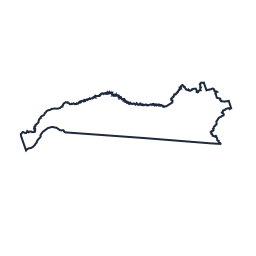 the district of Maués, Amazonas, Brazil, rotated 72°
{"feature_id": "56859067B37694295910395", "entity_name": "Maués", "entity_type": "district", "adm_level": 2, "iso_a3": "BRA", "parent_name": "Brazil", "parent_adm1": "Amazonas", "projection": "robinson", "projection_center": [-58.413, -5.242], "detail": "fine", "context": "isolated", "style": "outline", "palette": "slate", "viewbox_px": 256, "rotation_deg": 72, "n_neighbors": 0, "source": "geoboundaries", "source_scale": "gbopen_adm2", "svg_char_len": 5701}
<svg xmlns="http://www.w3.org/2000/svg" viewBox="0 0 256 256"><g transform="rotate(72 128 128)"><path d="M117.9,231.9L116.8,230.0L116.7,228.3L117.0,226.4L116.6,224.3L115.2,221.6L114.6,221.1L113.6,219.3L112.6,218.8L111.8,218.0L109.4,213.9L108.8,213.5L107.8,213.5L105.4,210.4L103.3,204.1L103.5,200.1L104.1,198.6L104.8,197.7L105.7,195.9L109.1,193.3L109.8,191.8L110.1,190.2L110.4,190.0L111.5,189.9L112.4,189.3L112.9,188.7L142.4,116.1L167.9,54.7L171.7,45.0L171.4,44.8L171.0,44.9L170.2,45.7L169.5,46.0L169.1,46.0L168.4,45.7L167.7,46.6L167.0,46.9L165.2,46.4L164.1,46.9L163.0,46.6L162.6,46.9L163.0,47.9L162.9,48.4L162.2,48.7L161.6,49.9L160.0,49.8L159.7,49.9L159.2,50.6L158.1,50.4L157.9,50.1L157.3,50.5L156.7,49.4L156.9,48.1L156.3,47.2L155.1,47.4L154.9,46.6L153.7,46.2L153.1,45.4L153.0,44.6L152.3,44.1L152.2,43.1L151.8,42.6L149.0,41.9L147.7,40.0L146.7,39.1L146.2,37.8L146.1,36.3L145.7,35.5L145.5,33.2L144.9,32.8L144.0,32.8L143.2,33.1L142.7,33.9L142.3,34.0L141.7,32.8L140.8,32.3L140.6,31.9L140.8,31.0L140.7,29.9L140.2,29.4L140.1,27.7L140.3,26.0L140.6,25.5L141.0,25.7L141.4,25.5L141.1,25.0L141.1,23.8L133.3,23.8L133.3,25.4L132.8,26.6L132.7,28.3L132.0,29.3L131.5,30.9L131.2,31.2L130.9,31.0L130.4,31.1L129.7,31.7L128.7,31.2L128.3,31.5L128.1,32.1L127.6,32.6L126.9,34.0L126.5,34.2L123.1,34.0L122.5,34.4L121.6,33.9L121.3,32.3L120.9,32.8L120.5,32.7L120.3,33.3L120.5,33.7L120.1,33.8L119.6,34.4L119.2,34.4L119.0,34.1L117.8,34.2L117.0,34.7L116.6,35.3L116.8,37.7L116.5,38.8L116.7,39.2L116.4,40.0L116.4,41.7L108.2,41.9L108.2,42.4L108.4,42.6L107.8,43.5L107.5,44.5L107.9,45.3L108.5,46.0L108.7,45.7L111.4,46.7L111.8,46.2L112.4,46.9L113.8,47.4L114.5,47.3L114.3,48.2L114.4,49.3L115.6,50.2L115.6,50.9L115.0,51.6L113.3,51.1L111.5,51.4L110.9,54.0L111.3,55.0L111.0,55.2L111.1,55.4L111.6,55.7L111.8,57.3L111.6,58.0L111.1,58.0L110.7,58.3L110.6,58.7L110.3,58.7L110.5,59.0L110.4,59.5L110.1,60.0L109.5,60.3L109.3,60.9L107.0,61.5L106.5,61.4L106.1,62.3L105.1,62.2L104.0,62.9L104.3,63.4L104.1,63.8L104.4,64.5L105.4,64.9L105.4,66.1L106.2,65.8L105.9,66.4L106.4,66.6L106.6,66.4L107.2,67.4L107.5,67.0L108.0,68.4L108.8,69.0L108.8,69.4L109.2,69.5L109.2,70.0L109.7,70.3L109.8,71.2L110.2,71.4L110.9,72.4L110.6,73.2L110.3,73.3L110.3,73.6L111.1,74.3L112.1,74.7L112.2,75.3L112.5,75.3L112.6,76.2L113.0,76.5L113.3,77.8L114.0,78.1L114.4,77.9L114.8,78.1L115.4,77.3L115.7,77.6L116.3,77.4L117.3,77.9L117.6,78.5L119.2,85.1L118.6,86.9L119.0,87.3L118.8,87.9L117.7,88.0L117.7,88.5L116.4,89.1L116.4,89.9L116.8,90.4L116.4,91.3L115.7,90.7L115.3,91.1L115.5,91.8L115.0,92.2L115.5,93.7L115.3,93.9L114.8,93.5L114.1,94.0L114.2,95.2L114.8,95.7L114.6,96.1L114.2,96.4L113.1,96.1L112.9,96.4L112.8,97.0L113.4,98.1L113.0,98.2L112.5,99.0L112.7,99.8L112.6,100.2L112.7,101.6L111.9,101.8L112.3,101.9L112.1,102.3L112.5,102.1L112.6,102.3L112.3,102.9L111.7,102.9L111.2,103.7L111.4,104.9L110.9,107.1L110.7,107.4L110.6,106.8L110.3,106.5L109.9,107.1L110.1,108.1L109.7,108.5L109.1,108.5L108.9,108.9L108.5,108.7L108.4,108.9L109.4,110.7L109.0,111.1L108.8,110.9L108.7,110.5L108.6,111.8L107.1,112.1L108.0,113.7L106.8,114.3L106.7,115.4L106.3,115.6L106.5,116.7L105.7,117.4L105.6,118.4L105.1,117.9L104.7,118.0L105.3,119.5L104.5,119.7L104.1,119.4L103.7,119.9L103.8,120.5L103.0,120.2L102.8,120.4L102.6,121.0L103.1,120.9L103.5,121.4L102.9,121.7L102.3,121.2L101.8,121.8L102.1,122.6L102.0,122.8L101.4,122.3L101.1,122.4L100.8,123.1L100.5,122.3L99.2,122.6L99.1,122.9L99.7,123.3L99.7,123.7L99.0,124.0L98.9,124.8L98.4,124.8L97.9,125.3L96.7,125.1L96.4,125.2L96.4,125.7L96.7,125.5L97.2,126.4L97.2,126.9L95.9,126.1L95.7,126.2L96.0,126.8L95.9,127.4L94.4,126.9L94.1,127.9L93.6,127.8L93.8,128.8L93.3,129.2L92.5,129.1L93.2,130.0L92.2,130.5L92.0,130.8L92.2,131.3L93.1,131.2L93.0,131.6L92.7,131.6L92.3,132.2L92.2,132.8L91.7,132.3L91.0,132.7L91.1,132.4L90.7,132.3L90.4,132.9L89.7,132.9L89.6,133.4L89.2,132.5L89.0,132.9L89.2,133.2L89.0,133.5L89.0,134.2L88.7,134.3L89.3,134.6L89.2,135.0L89.1,135.8L88.5,135.8L88.8,136.4L89.1,136.3L89.3,136.5L89.1,137.1L88.5,137.0L88.6,137.6L88.0,137.4L88.3,137.9L87.8,138.5L88.2,139.3L87.8,139.7L88.0,140.0L87.8,140.5L88.0,141.0L87.3,141.2L87.1,141.5L87.1,142.6L87.3,142.9L87.2,143.0L87.2,143.4L88.0,144.0L87.9,144.3L88.3,144.6L88.3,145.2L88.5,145.2L88.4,145.6L88.6,145.7L88.0,147.6L88.1,148.4L87.8,148.7L88.0,149.0L87.5,149.1L87.8,149.6L88.1,149.4L88.2,149.8L87.8,150.0L88.2,150.4L87.9,150.9L88.0,151.1L88.3,150.9L88.1,151.3L88.5,151.5L88.9,152.6L88.6,152.8L88.4,154.0L88.8,155.1L88.1,155.5L88.4,155.9L88.2,156.5L88.9,157.8L88.6,158.3L88.3,157.9L88.1,158.2L88.4,158.9L88.2,158.8L88.2,160.3L88.0,160.6L88.7,160.7L88.6,160.3L88.8,160.3L89.0,160.8L88.6,161.2L88.9,161.6L88.4,162.0L88.7,162.2L88.4,162.5L88.4,163.6L88.2,163.8L88.6,164.4L88.1,164.4L88.2,164.8L87.9,164.9L88.1,166.2L88.5,166.5L88.9,166.5L88.8,167.0L89.4,168.1L88.8,168.8L89.3,169.1L89.4,169.5L88.7,170.9L88.8,171.1L88.2,171.7L88.4,171.8L88.0,172.3L87.8,173.3L87.9,173.6L87.6,174.0L87.8,174.2L87.5,174.8L87.6,175.3L87.4,175.9L86.2,176.5L85.2,177.9L84.8,177.7L84.3,179.3L84.8,181.4L86.0,182.9L86.5,183.0L86.9,184.0L87.2,184.0L87.1,184.3L87.4,184.9L87.4,185.3L87.9,186.4L88.0,187.2L87.9,188.8L87.3,190.6L86.8,191.6L86.4,194.3L86.2,194.6L86.7,196.5L86.5,198.9L86.9,200.4L87.8,201.5L88.0,202.3L89.7,203.9L90.1,206.6L90.9,207.9L91.6,207.9L91.9,209.3L92.4,209.9L93.9,211.0L94.6,211.1L94.9,211.4L95.9,213.0L96.0,213.8L96.7,215.3L97.4,215.2L98.1,216.8L98.9,216.7L98.9,217.1L99.3,217.4L99.6,216.5L99.9,216.5L100.7,216.7L101.1,217.5L101.5,217.6L102.2,217.3L102.7,217.5L102.8,218.3L102.3,220.6L101.4,221.3L101.0,222.6L100.9,223.1L101.4,223.8L101.3,224.1L99.8,224.8L101.2,226.2L101.2,226.7L100.7,227.8L99.3,229.1L99.8,230.3L100.5,231.1L100.8,231.9L102.5,232.2L117.9,231.9Z" fill="none" stroke="#1e293b" stroke-width="2"/></g></svg>